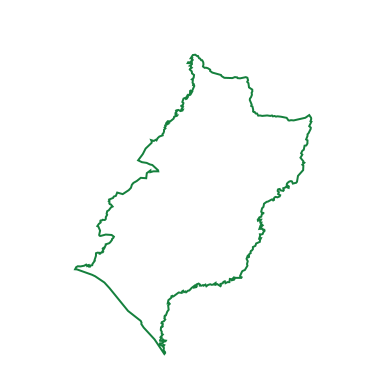 the district of Mbanza-Ngungu, Bas-Congo, Democratic Republic of the Congo, rotated 47°
{"feature_id": "63176286B82592558575614", "entity_name": "Mbanza-Ngungu", "entity_type": "district", "adm_level": 2, "iso_a3": "COD", "parent_name": "Democratic Republic of the Congo", "parent_adm1": "Bas-Congo", "projection": "equal_earth", "projection_center": [14.766, -5.339], "detail": "fine", "context": "isolated", "style": "outline", "palette": "green", "viewbox_px": 384, "rotation_deg": 47, "n_neighbors": 0, "source": "geoboundaries", "source_scale": "gbopen_adm2", "svg_char_len": 6052}
<svg xmlns="http://www.w3.org/2000/svg" viewBox="0 0 384 384"><g transform="rotate(47 192 192)"><path d="M142.0,259.2L143.0,259.1L143.9,260.2L144.7,260.4L145.9,259.8L148.5,260.0L148.0,261.6L148.6,265.4L148.2,267.1L149.7,269.3L150.8,269.6L151.6,272.2L152.9,273.4L153.1,274.4L152.8,275.1L151.3,276.4L151.3,277.4L150.5,278.3L150.7,278.9L152.0,279.6L151.8,281.9L152.4,284.5L153.5,284.1L157.6,285.6L160.1,289.2L161.0,289.4L161.8,288.8L164.3,284.1L168.6,280.1L171.4,279.6L171.9,280.9L171.9,282.6L172.5,283.3L173.0,286.2L172.9,287.7L171.4,290.8L172.2,291.5L172.8,294.2L172.4,295.1L172.6,296.0L173.1,296.0L173.5,295.2L174.3,297.9L175.1,297.8L175.2,298.5L174.4,299.5L174.5,301.2L174.1,301.7L173.3,301.2L171.9,302.5L171.3,304.0L173.2,305.8L175.5,310.0L176.0,310.0L176.7,313.7L177.5,314.9L176.6,316.5L177.0,317.6L176.3,318.2L175.6,317.4L175.0,318.6L174.6,317.9L173.9,319.2L172.9,319.0L172.4,321.1L170.4,324.3L168.4,326.2L168.0,328.0L168.8,330.2L170.2,328.9L184.3,321.6L187.6,320.3L198.4,317.8L206.1,317.9L235.3,319.9L251.3,317.4L253.1,318.0L254.0,319.1L258.2,319.8L274.2,319.9L291.6,322.7L291.4,321.4L290.7,320.9L288.4,320.7L286.9,318.9L285.6,318.7L285.1,316.7L284.5,317.0L283.9,318.8L281.4,319.5L280.9,318.6L282.4,316.7L282.2,314.5L283.1,313.2L282.9,312.5L281.4,313.7L280.0,313.8L280.6,315.4L279.1,316.8L278.7,316.6L277.6,313.5L276.7,313.9L276.3,310.5L275.0,310.8L273.4,309.3L271.7,309.0L269.8,306.9L269.9,305.9L270.4,305.6L270.2,304.9L269.4,304.8L268.7,303.4L267.1,303.8L266.6,302.8L267.3,300.8L267.0,298.5L265.4,298.3L264.9,297.1L264.2,296.9L263.9,296.2L264.4,295.2L262.6,291.6L262.2,289.4L258.7,286.8L258.6,284.6L257.4,284.5L256.8,285.6L255.0,283.0L255.2,279.4L254.2,278.1L254.5,277.3L255.3,277.5L255.7,276.7L256.4,270.3L258.8,268.3L258.0,267.0L258.2,265.8L259.8,266.1L260.3,264.6L261.3,264.7L261.5,262.1L262.2,261.1L261.9,257.5L262.2,254.7L263.3,255.7L264.5,253.7L264.2,252.9L263.5,253.6L262.7,253.5L262.7,251.6L263.5,249.6L265.1,249.3L265.8,250.1L267.0,248.9L267.6,247.4L268.4,247.4L268.9,245.3L270.7,245.8L270.9,243.7L271.9,241.6L273.2,241.0L274.1,239.8L274.6,236.7L275.3,237.2L275.4,238.5L275.8,238.3L276.5,236.4L280.3,235.4L280.2,234.8L278.7,233.8L279.7,231.8L279.2,230.3L279.7,228.9L281.5,229.7L282.1,227.5L283.4,226.1L281.4,223.6L282.5,222.7L283.7,223.1L284.8,221.1L284.6,220.3L283.1,220.8L283.0,219.6L284.6,218.6L288.4,214.5L288.2,213.9L286.9,214.4L286.2,214.1L284.5,210.2L284.2,209.0L285.1,206.5L283.7,201.7L282.2,200.9L280.6,198.4L278.1,197.7L276.9,195.3L278.2,195.3L278.4,194.7L277.6,193.8L276.8,193.7L276.5,192.5L276.7,190.7L275.8,190.2L275.3,189.0L275.6,188.0L275.3,186.4L273.8,185.0L274.6,182.4L273.4,180.2L274.7,176.4L273.5,175.0L272.8,173.0L272.4,173.4L272.4,175.6L270.4,171.9L269.3,171.2L270.6,169.8L270.9,168.9L270.1,167.4L269.9,165.4L269.0,164.9L268.1,165.9L267.1,165.5L265.7,167.0L265.2,165.8L264.7,167.4L263.3,164.8L263.6,164.3L264.6,164.3L264.6,163.0L262.5,163.3L261.7,162.1L261.0,162.9L259.8,162.1L259.3,160.3L258.4,161.1L258.0,163.3L257.2,162.9L256.5,159.9L257.3,158.2L255.9,156.1L256.3,154.4L256.0,154.1L254.4,155.0L253.6,154.8L251.7,151.9L251.6,149.9L249.7,147.3L250.1,144.1L250.8,143.0L251.8,138.9L252.1,138.4L253.5,138.4L253.7,137.4L252.6,136.5L252.3,135.4L252.6,134.2L254.2,133.1L255.0,130.9L254.5,129.7L252.2,130.4L251.4,128.6L249.8,128.7L249.1,128.0L248.8,127.1L249.6,125.8L251.0,126.2L253.4,124.5L253.2,123.5L251.5,122.7L252.3,120.8L252.4,119.0L253.6,119.2L254.9,118.5L254.0,117.4L251.4,117.9L250.7,116.9L250.5,115.7L250.7,113.7L251.5,112.2L252.5,111.7L254.6,112.5L256.3,109.5L256.1,108.2L252.5,103.5L251.8,95.8L248.7,92.6L247.3,92.7L247.2,90.0L246.1,90.5L245.6,89.6L240.9,89.3L239.9,85.8L238.1,85.8L237.1,83.1L237.3,81.4L234.9,78.1L235.9,76.7L235.3,74.6L233.0,72.3L231.4,72.7L229.8,69.3L228.6,68.2L228.5,66.7L226.8,62.2L225.9,61.2L223.8,61.4L222.0,56.7L221.1,57.1L219.9,55.0L218.9,54.3L215.7,53.8L215.0,58.5L209.0,68.8L207.0,70.6L206.2,72.0L205.4,72.6L202.3,72.2L197.6,75.6L195.0,77.8L194.1,79.2L192.7,79.8L191.8,81.3L190.6,81.3L189.8,82.8L187.3,84.8L184.2,88.8L182.5,90.0L181.3,91.5L179.0,90.9L177.9,91.9L176.2,91.6L175.4,92.4L174.6,92.3L173.8,91.3L170.7,89.5L169.4,90.0L168.7,88.7L164.1,87.0L163.2,85.9L162.9,84.2L161.8,81.9L160.1,80.7L159.6,79.3L158.2,78.1L154.4,79.0L150.9,76.5L149.1,76.5L148.5,74.8L146.2,73.6L144.7,74.3L141.7,79.3L139.8,81.0L139.0,80.8L137.2,82.3L136.2,84.8L130.5,90.5L127.4,91.3L126.2,91.0L118.5,95.7L115.8,96.2L114.9,95.3L112.3,96.0L110.6,97.0L109.8,98.1L107.7,98.4L106.5,96.6L104.8,95.3L102.6,94.7L101.9,95.4L99.9,95.1L99.0,95.6L96.6,94.9L96.2,95.5L93.8,96.0L92.4,98.0L93.3,101.6L94.2,100.6L94.6,101.3L95.9,101.4L96.0,102.0L95.5,102.5L96.1,103.8L95.5,105.6L94.5,106.3L94.8,107.2L96.2,105.8L97.0,103.7L98.5,104.9L98.3,107.3L99.0,106.8L99.8,107.5L100.9,107.4L100.6,109.4L100.9,110.1L103.6,109.9L105.3,111.1L107.8,110.7L109.6,112.9L109.6,115.3L110.6,114.9L112.5,117.1L113.7,117.2L114.3,118.0L114.6,117.3L116.0,118.0L118.0,122.6L118.0,123.8L116.9,123.9L116.8,124.4L118.7,126.4L119.2,125.0L119.7,126.6L119.6,127.3L119.0,127.4L118.9,128.6L118.2,128.7L118.2,129.6L118.7,129.9L118.8,131.3L119.8,130.6L120.2,132.1L119.9,133.0L118.6,132.7L117.9,134.5L119.6,137.7L121.1,137.6L122.2,139.4L121.6,141.0L122.0,141.3L123.6,140.6L124.4,143.5L124.9,143.6L125.6,142.6L125.9,143.4L125.0,145.2L122.7,146.0L121.6,147.8L121.7,148.3L122.7,148.3L123.0,150.2L124.0,150.0L124.2,151.4L124.7,151.7L125.9,150.5L126.0,151.0L124.8,153.7L125.8,155.4L125.3,162.7L124.4,162.6L124.0,161.2L123.7,161.5L124.1,164.1L124.9,164.4L125.6,163.8L125.0,166.2L126.0,166.5L126.1,168.0L127.3,168.0L127.4,170.0L128.6,171.1L129.4,172.6L129.6,174.2L130.6,174.8L129.2,178.0L129.2,180.3L130.0,182.6L129.2,182.6L128.6,185.1L126.2,186.5L127.8,187.1L128.5,188.1L128.6,196.3L130.7,202.1L132.1,209.8L136.0,208.3L139.8,205.3L143.1,204.0L145.2,202.6L153.0,202.0L153.9,202.6L150.5,206.2L149.1,208.9L147.9,207.8L147.4,212.2L150.7,216.1L146.7,219.8L146.3,224.9L145.4,228.6L145.7,231.0L147.3,233.8L147.5,237.0L146.3,244.1L141.4,247.1L142.9,250.3L142.0,252.4L142.5,253.8L141.0,257.7L141.7,257.9L142.0,259.2Z" fill="none" stroke="#15803d" stroke-width="2"/></g></svg>